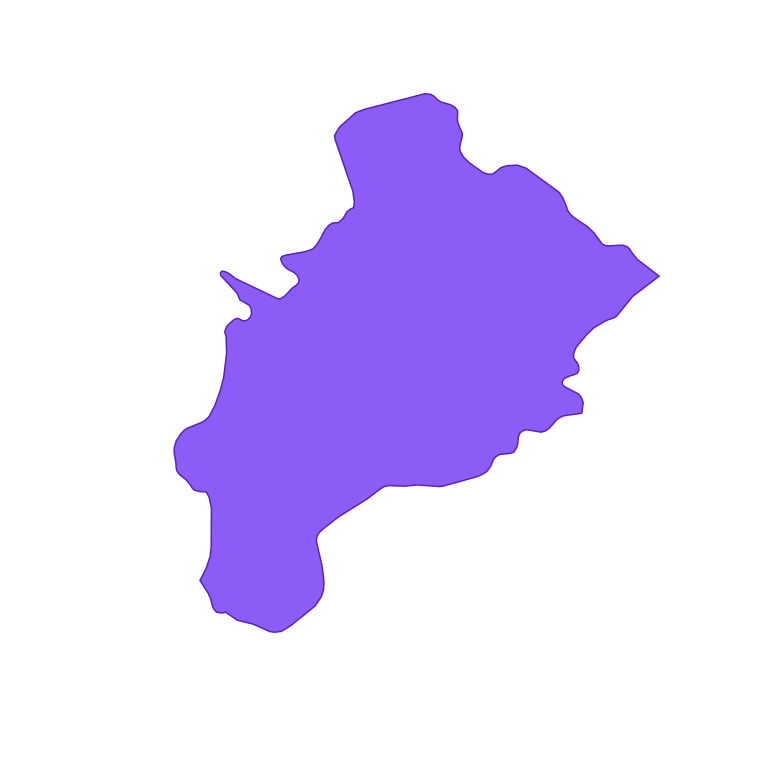 the border of Kildare, rotated 27°
{"feature_id": "IRL-721", "entity_name": "Kildare", "entity_type": "County", "adm_level": 1, "iso_a3": "IRL", "parent_name": "Ireland", "parent_adm1": "", "projection": "mercator", "projection_center": [-6.829, 53.156], "detail": "fine", "context": "isolated", "style": "filled", "palette": "violet", "viewbox_px": 768, "rotation_deg": 27, "n_neighbors": 0, "source": "natural_earth", "source_scale": "10m", "svg_char_len": 2918}
<svg xmlns="http://www.w3.org/2000/svg" viewBox="0 0 768 768"><g transform="rotate(27 384 384)"><path d="M423.4,612.9L410.8,641.3L404.9,651.0L399.3,654.8L394.8,656.4L376.2,657.4L360.5,661.1L346.6,659.2L343.4,661.7L338.5,663.3L335.8,662.4L333.3,660.8L331.0,658.7L327.1,654.1L322.6,650.4L309.2,642.6L309.3,631.3L309.1,627.7L307.3,616.4L304.4,608.5L286.6,573.0L279.8,564.5L274.9,560.9L268.3,563.6L263.0,564.7L260.2,563.7L257.7,562.1L251.7,559.3L244.2,557.8L240.9,556.7L238.3,554.9L236.4,552.3L234.9,549.6L231.4,544.6L229.5,542.3L227.6,539.4L225.8,535.1L224.7,529.1L225.7,520.5L227.1,515.8L229.0,512.4L239.2,500.7L240.9,497.9L242.3,494.5L242.9,492.2L243.1,480.1L241.1,464.3L238.2,451.1L229.9,428.3L221.9,413.6L218.4,409.8L218.0,407.4L217.8,403.7L219.9,397.5L221.2,394.6L223.3,392.2L226.1,391.8L228.9,391.8L231.7,390.8L233.5,388.5L234.4,385.1L234.1,381.3L231.2,377.1L228.4,375.1L217.2,374.4L212.0,369.8L189.2,361.4L187.8,359.4L188.3,357.0L192.3,355.9L196.2,356.0L203.7,357.5L250.5,356.3L253.3,354.8L255.2,351.5L256.8,347.0L258.6,340.4L260.7,336.4L261.9,333.0L261.2,329.8L257.1,326.4L253.0,325.5L245.6,325.3L242.4,324.5L239.5,323.1L236.9,321.3L235.0,319.3L235.1,316.9L237.7,314.0L252.9,302.5L257.6,298.0L259.5,295.5L260.7,290.7L261.3,284.3L261.5,272.9L263.0,267.3L265.2,263.8L269.7,261.2L271.0,258.8L272.4,255.0L272.8,247.3L274.6,243.5L276.8,240.7L274.9,235.2L268.6,226.2L229.4,188.3L227.1,184.9L227.7,175.3L235.6,155.1L241.5,148.5L288.5,106.9L294.0,104.7L298.1,104.9L301.7,106.2L306.8,106.9L316.3,105.0L321.8,105.3L325.2,106.9L326.9,109.5L328.1,112.5L329.6,115.4L331.4,118.0L338.6,123.9L339.7,125.0L340.8,126.7L341.7,129.4L343.2,136.1L344.1,138.9L344.9,140.4L346.6,142.4L351.7,145.7L359.9,148.3L376.4,150.6L381.6,149.8L385.1,148.0L386.4,145.9L388.4,141.8L389.3,139.2L391.4,136.5L395.0,133.3L403.6,128.4L412.6,127.2L453.3,133.8L459.1,137.2L466.3,143.3L468.2,145.5L471.9,147.7L477.0,149.4L493.8,151.4L502.1,153.9L514.9,160.2L518.6,160.1L522.5,158.4L533.2,152.1L537.7,151.3L541.4,152.1L544.0,153.8L553.1,158.0L580.2,163.0L571.6,180.9L565.8,192.9L560.5,217.6L559.0,220.6L554.8,224.7L552.0,228.2L545.5,238.5L542.2,247.9L538.6,263.5L539.0,270.2L540.9,274.4L543.5,276.0L546.0,277.2L547.7,278.2L549.8,280.3L551.5,283.7L551.2,286.8L548.9,289.7L546.0,292.4L542.3,296.9L541.7,300.6L542.9,303.3L546.0,304.4L561.6,304.6L564.8,305.7L567.9,308.1L570.0,310.3L573.5,320.2L558.7,330.6L556.8,332.7L554.3,336.9L551.2,349.0L548.7,353.0L545.8,355.6L531.7,360.0L528.8,362.9L527.3,366.3L527.7,369.9L530.2,376.4L531.1,380.2L530.6,385.8L527.8,388.6L519.0,394.3L516.7,398.0L515.7,401.9L516.2,406.0L516.3,409.8L515.3,415.4L512.9,419.4L509.2,424.1L483.2,448.0L480.2,450.1L459.5,458.8L448.9,465.6L433.9,472.6L430.4,475.7L428.3,479.2L421.1,494.1L404.1,522.5L395.5,540.7L394.0,545.1L393.3,548.4L393.9,551.6L395.0,554.7L410.8,573.5L417.9,583.7L421.1,589.1L423.5,594.9L424.7,602.0L423.4,612.9Z" fill="#8b5cf6" stroke="#5b21b6" stroke-width="1.5"/></g></svg>